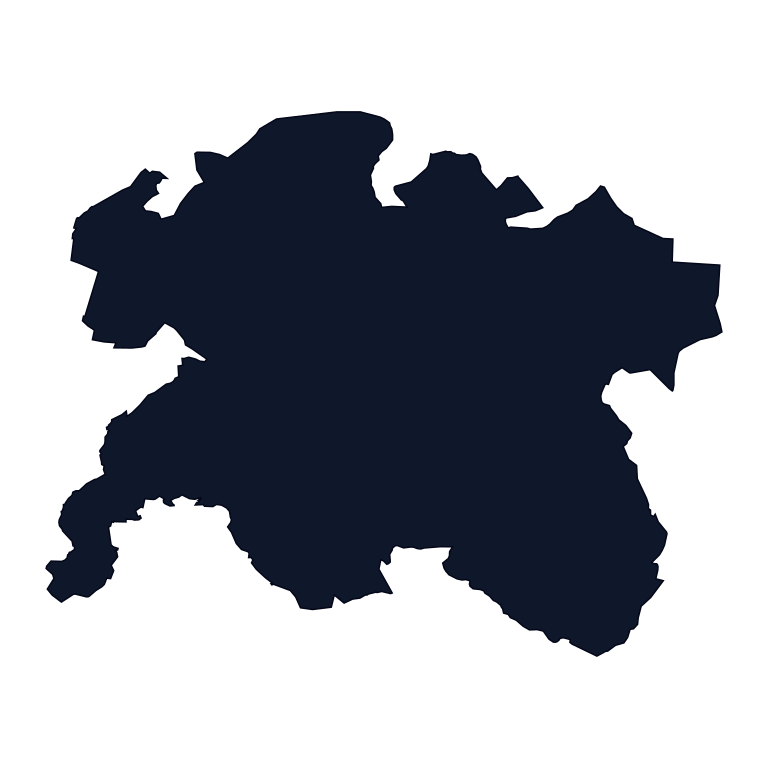 the district of Beclean, Bistrita-Nasaud, Romania
{"feature_id": "2599482B65720135883018", "entity_name": "Beclean", "entity_type": "district", "adm_level": 2, "iso_a3": "ROU", "parent_name": "Romania", "parent_adm1": "Bistrita-Nasaud", "projection": "robinson", "projection_center": [24.16, 47.164], "detail": "fine", "context": "isolated", "style": "filled", "palette": "ink", "viewbox_px": 768, "rotation_deg": 0, "n_neighbors": 0, "source": "geoboundaries", "source_scale": "gbopen_adm2", "svg_char_len": 6062}
<svg xmlns="http://www.w3.org/2000/svg" viewBox="0 0 768 768"><path d="M596.9,656.1L605.5,651.4L607.7,651.1L615.5,645.3L623.9,642.9L627.6,637.5L630.1,629.3L633.5,628.8L637.6,624.3L638.2,617.8L641.2,606.2L650.8,597.4L663.3,580.7L655.8,578.8L657.8,570.1L658.0,566.7L657.5,564.8L656.7,563.8L653.6,563.6L651.7,562.6L659.5,554.8L662.2,550.3L664.5,545.1L667.0,533.8L666.5,532.0L658.2,521.8L655.2,514.2L653.7,516.5L650.6,515.1L650.5,510.1L648.4,508.5L648.5,504.5L646.5,498.3L637.3,478.8L636.6,465.4L628.6,459.4L623.2,446.5L626.7,443.6L627.5,440.8L630.2,437.9L631.7,433.2L625.9,425.5L618.8,419.8L616.3,415.6L610.6,408.3L609.5,405.6L604.1,404.0L602.0,402.5L601.1,399.3L600.8,395.9L601.7,392.3L605.1,384.4L606.4,384.0L608.4,384.4L612.1,374.5L614.7,372.3L622.1,367.7L629.4,372.8L630.5,373.0L650.1,369.6L669.2,388.6L672.3,391.0L672.9,390.4L673.9,385.0L673.9,372.9L678.0,353.8L679.1,351.3L683.1,348.1L700.0,339.6L712.3,336.8L716.1,335.4L721.9,331.9L720.2,323.8L714.5,305.5L718.0,295.4L719.8,265.1L672.2,262.1L672.9,239.0L663.0,238.5L634.2,225.3L632.0,218.5L623.6,213.7L616.6,206.7L610.5,197.9L604.3,187.1L600.5,186.0L596.0,191.6L588.0,198.9L576.1,205.3L572.7,210.1L567.8,213.1L557.6,217.0L554.2,219.5L550.0,224.0L546.8,226.4L542.8,228.3L530.6,229.1L527.3,228.2L510.5,227.1L508.3,228.0L506.1,224.1L505.3,221.4L505.6,218.1L515.7,216.3L527.1,211.8L535.3,210.8L542.8,207.7L528.1,188.3L518.3,177.1L517.9,176.1L512.4,177.7L507.4,177.9L501.2,185.5L496.4,189.8L481.9,173.1L480.4,169.2L480.6,166.5L477.9,159.9L476.0,156.9L472.6,154.4L469.8,153.6L466.2,155.0L461.2,155.2L455.9,154.5L454.6,153.3L452.5,153.0L450.9,151.7L447.0,151.8L445.9,151.2L432.9,154.5L430.8,153.8L429.8,160.4L428.2,166.0L426.4,168.7L411.2,182.0L395.4,186.2L394.2,187.3L394.2,189.8L395.8,193.6L401.4,200.0L403.1,200.8L407.0,207.1L391.7,206.4L381.6,207.4L380.8,203.7L375.1,197.3L374.2,191.9L372.8,188.1L371.1,185.4L371.4,181.7L370.4,175.0L373.5,168.3L373.3,166.3L375.1,163.7L379.0,160.0L378.2,155.9L381.8,151.6L386.3,148.3L392.6,140.0L392.6,134.5L391.8,129.0L390.1,125.5L389.6,122.9L384.5,119.2L380.4,117.2L360.4,111.9L336.7,111.9L276.5,119.0L259.8,128.8L256.4,134.1L247.8,142.6L227.8,158.1L219.5,154.5L210.4,152.4L197.0,152.2L194.9,153.6L196.9,170.0L204.3,182.4L194.9,186.2L188.1,193.6L180.5,203.5L174.2,215.5L161.1,219.2L158.3,213.4L151.2,211.5L145.5,210.9L142.6,206.3L147.0,201.3L152.3,196.6L158.5,193.4L156.3,190.0L155.8,185.7L156.6,183.3L159.1,183.0L160.7,181.0L162.0,178.2L167.1,178.4L159.7,172.2L152.3,171.3L149.8,173.2L145.3,169.1L141.0,172.5L130.5,186.7L122.5,190.1L92.6,207.0L92.0,206.6L90.3,207.8L88.0,210.9L84.2,213.0L79.1,217.9L77.5,217.7L76.6,218.5L73.8,227.9L76.3,228.6L72.8,233.7L72.3,238.6L73.8,238.6L71.1,260.3L79.2,263.2L98.5,271.5L84.9,316.4L83.5,316.1L82.5,320.8L88.0,326.0L93.6,329.6L94.3,330.7L92.4,339.7L104.1,341.9L116.0,342.8L113.9,347.8L132.0,348.0L142.0,346.9L145.0,346.1L147.7,340.9L155.8,333.8L156.4,332.1L164.7,322.7L174.0,327.8L176.8,330.5L184.4,340.0L185.5,344.9L192.2,348.9L206.8,359.1L204.9,361.7L199.9,361.2L195.5,359.0L188.7,357.2L184.2,358.5L182.0,358.4L182.7,365.3L178.1,366.0L178.7,376.7L175.1,378.3L174.2,380.3L172.7,381.9L170.2,383.3L166.2,384.1L154.8,392.5L148.2,395.2L139.8,405.2L132.0,412.8L127.0,416.3L126.3,411.1L121.9,414.7L111.7,419.7L111.6,422.2L108.5,425.2L108.5,426.4L106.5,427.3L106.9,429.6L108.3,429.6L109.2,430.5L107.9,431.6L107.6,434.0L105.1,437.0L105.0,442.1L104.4,444.5L99.9,450.4L99.9,451.9L100.9,453.0L101.1,454.3L100.0,455.1L101.5,461.9L101.7,464.5L104.1,465.7L103.5,469.7L105.2,474.2L96.5,479.2L94.7,479.4L86.6,483.8L79.2,490.7L75.8,490.8L72.9,492.1L72.0,495.4L68.5,498.4L65.4,503.0L65.2,504.0L63.4,504.6L63.5,507.0L62.4,510.6L61.2,511.6L61.7,514.5L59.2,519.9L58.9,522.5L59.5,525.8L62.3,529.4L62.6,530.9L72.1,541.2L73.0,545.9L74.0,546.1L74.5,547.3L74.4,549.5L70.7,552.1L69.4,552.3L68.4,554.5L67.7,554.8L67.1,557.9L64.9,560.1L61.8,561.4L51.0,561.1L46.7,566.1L46.1,568.5L52.7,574.4L53.9,578.6L47.3,589.1L52.2,595.1L61.4,602.1L73.7,594.1L75.4,594.1L86.6,596.9L88.8,596.6L95.9,590.5L101.8,586.8L104.3,584.4L106.7,578.2L110.6,578.6L113.7,570.6L111.2,565.3L117.6,556.8L116.7,552.3L115.6,550.6L117.7,549.9L118.1,548.4L113.4,546.9L111.1,544.9L108.5,527.2L110.6,526.0L111.7,521.6L113.2,522.3L113.7,522.3L113.9,521.2L114.7,521.1L115.7,521.7L126.0,521.9L126.0,519.2L132.3,519.4L134.4,520.1L138.9,519.8L141.1,518.1L140.1,515.7L137.8,516.6L135.6,510.8L140.7,507.1L142.9,507.6L144.8,498.8L153.4,499.5L155.3,499.1L159.5,496.1L164.4,499.0L163.5,499.8L163.4,501.0L163.7,502.5L164.9,503.6L170.0,506.0L174.1,505.6L174.1,505.0L172.6,503.8L170.7,500.4L174.5,498.3L178.6,497.2L181.9,494.9L189.7,498.7L194.8,499.3L200.1,497.8L199.5,498.8L200.7,498.7L200.8,499.3L199.2,499.7L198.0,500.7L198.9,500.8L199.3,501.6L198.2,502.5L196.5,502.9L195.2,505.0L203.3,504.6L204.4,506.2L212.9,506.6L216.3,504.5L217.7,504.6L221.7,505.2L226.6,508.0L229.5,511.4L230.4,517.3L231.4,519.5L230.8,522.4L227.6,526.9L231.4,532.2L236.3,543.5L241.5,549.5L248.2,551.8L249.1,553.5L248.6,557.6L251.1,557.5L252.9,559.8L251.5,562.9L256.3,569.3L265.4,577.7L272.3,583.0L270.9,583.6L271.8,584.9L273.6,584.3L290.3,590.5L295.7,597.0L300.5,607.8L312.6,609.5L331.3,607.2L334.3,595.0L344.1,603.1L352.6,599.1L360.0,598.1L365.1,595.1L367.1,595.0L368.5,594.0L375.8,592.2L377.1,592.5L381.8,591.5L390.6,593.6L392.2,593.0L378.9,569.2L380.8,559.7L383.6,561.0L386.8,564.3L388.4,563.7L390.3,562.0L389.7,554.3L392.1,550.3L392.5,548.1L395.0,545.9L397.2,545.5L403.6,547.9L410.8,547.0L413.6,547.2L417.4,548.6L420.7,549.0L424.2,548.0L440.3,546.7L452.6,546.8L449.6,551.6L449.4,555.9L448.3,558.5L442.7,563.1L444.1,568.2L446.0,571.4L449.0,574.8L456.9,578.8L462.0,580.0L465.9,579.6L469.3,580.6L470.0,581.6L469.4,583.9L470.0,586.2L473.1,588.8L480.2,589.5L483.8,590.9L484.8,593.0L489.6,596.1L493.3,600.4L496.6,601.9L500.7,605.3L501.3,607.0L502.7,608.9L503.6,613.1L508.2,614.4L510.3,617.6L516.2,620.2L523.2,626.3L529.5,629.9L537.2,629.6L543.3,631.1L549.0,639.2L553.3,642.1L555.5,642.2L557.3,641.6L559.1,640.0L560.1,638.3L563.4,637.8L570.2,639.5L569.9,642.4L572.2,644.2L596.9,656.1Z" fill="#0f172a" stroke="#020617" stroke-width="1.5"/></svg>